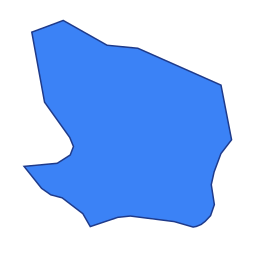 Mozirje, orthographic projection, rotated 95°
{"feature_id": "SVN-973", "entity_name": "Mozirje", "entity_type": "Municipality", "adm_level": 1, "iso_a3": "SVN", "parent_name": "Slovenia", "parent_adm1": "", "projection": "orthographic", "projection_center": [14.959, 46.351], "detail": "fine", "context": "isolated", "style": "filled", "palette": "blue", "viewbox_px": 256, "rotation_deg": 95, "n_neighbors": 0, "source": "natural_earth", "source_scale": "10m", "svg_char_len": 512}
<svg xmlns="http://www.w3.org/2000/svg" viewBox="0 0 256 256"><g transform="rotate(95 128 128)"><path d="M26.5,201.9L47.4,156.0L47.7,125.2L77.2,39.1L130.7,23.8L145.4,33.2L164.3,38.4L177.2,40.1L196.8,35.3L208.1,38.1L214.3,43.0L217.7,46.7L220.1,51.3L221.0,54.5L217.2,73.8L215.5,118.0L217.9,130.4L229.5,157.0L217.3,165.5L203.3,187.5L201.3,199.1L195.7,208.8L175.3,228.2L169.3,195.4L159.9,183.2L151.2,180.7L142.5,185.2L109.5,213.4L40.9,232.2L26.5,201.9Z" fill="#3b82f6" stroke="#1e3a8a" stroke-width="1.5"/></g></svg>